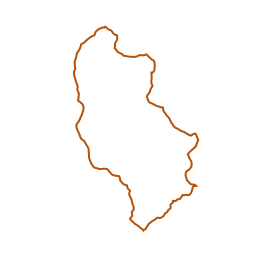 Khar, Pemagatsel, Bhutan (Natural Earth projection), rotated 131°
{"feature_id": "84629894B26310020901724", "entity_name": "Khar", "entity_type": "district", "adm_level": 2, "iso_a3": "BTN", "parent_name": "Bhutan", "parent_adm1": "Pemagatsel", "projection": "natural_earth1", "projection_center": [91.394, 26.945], "detail": "fine", "context": "isolated", "style": "outline", "palette": "amber", "viewbox_px": 256, "rotation_deg": 131, "n_neighbors": 0, "source": "geoboundaries", "source_scale": "gbopen_adm2", "svg_char_len": 5270}
<svg xmlns="http://www.w3.org/2000/svg" viewBox="0 0 256 256"><g transform="rotate(131 128 128)"><path d="M132.1,191.7L132.3,191.3L132.9,190.6L133.2,189.7L133.6,188.9L134.1,188.1L134.4,187.4L135.1,187.0L135.9,186.4L137.1,185.6L137.8,185.2L138.1,185.0L138.7,184.4L139.2,184.1L139.8,184.0L140.0,183.7L140.1,182.9L140.0,182.2L139.9,181.2L139.9,179.4L140.0,177.9L140.2,177.4L140.5,176.8L140.9,176.0L141.7,174.8L143.4,173.8L145.0,173.0L147.6,171.8L149.2,171.3L151.9,170.5L152.8,170.1L153.8,169.9L154.9,169.6L156.0,169.4L156.9,169.4L157.8,169.4L158.5,169.2L159.4,169.1L159.9,168.7L160.8,167.9L161.7,166.8L162.5,165.1L163.0,164.1L163.8,162.4L164.8,160.3L166.3,157.7L166.6,157.1L166.8,156.5L166.8,155.7L166.8,154.7L166.7,153.8L166.6,153.2L166.5,152.8L167.2,150.8L167.5,149.9L168.1,148.3L168.5,146.6L169.3,144.7L169.8,143.8L172.1,141.8L173.0,140.5L174.6,139.2L176.1,137.7L177.2,135.8L178.3,133.7L179.0,132.5L179.2,131.3L179.6,129.6L180.0,128.6L180.0,128.0L179.8,127.1L179.0,125.6L178.6,124.6L178.1,123.6L178.0,123.1L177.8,122.6L177.2,122.0L176.1,121.0L174.4,119.3L173.5,118.0L172.8,116.9L172.7,116.3L172.6,115.5L172.8,114.9L173.1,114.3L173.2,113.5L173.2,112.6L173.4,111.4L173.5,110.1L173.6,109.1L173.1,107.8L172.5,106.6L171.6,105.1L170.7,104.0L170.4,103.4L170.3,102.9L170.5,102.4L170.8,101.9L171.8,100.4L172.3,100.0L172.9,98.7L173.0,97.9L173.0,97.4L173.2,96.5L173.3,95.6L173.1,93.5L172.7,92.7L172.4,91.7L172.0,91.0L172.6,90.3L173.0,89.9L173.4,89.3L173.7,88.3L173.9,87.7L173.9,86.5L173.9,85.8L174.1,85.2L175.0,84.9L176.0,84.5L176.7,84.1L177.4,83.5L177.9,82.5L178.1,82.0L179.9,78.1L180.6,77.3L181.8,75.5L182.7,74.4L183.2,73.2L183.7,72.1L184.6,71.2L185.4,70.5L186.0,70.2L187.3,70.1L188.3,70.2L189.1,69.8L190.0,68.9L190.9,67.6L191.3,67.2L192.0,67.1L192.5,67.0L193.5,67.0L194.3,67.0L194.9,67.1L195.3,66.8L195.4,66.1L195.5,65.6L195.6,65.2L195.6,63.8L195.7,61.7L195.8,60.8L195.8,59.8L195.7,59.4L195.6,58.6L195.3,57.2L195.2,54.8L195.1,51.6L195.0,50.1L195.3,49.2L194.0,49.1L192.8,48.4L190.9,48.9L186.6,49.4L183.8,48.9L181.5,48.4L179.7,47.6L177.9,47.3L176.4,47.0L175.1,44.9L174.3,44.3L172.9,43.8L170.8,43.4L169.5,43.6L168.1,44.1L166.9,43.6L165.8,43.3L165.1,43.3L164.4,43.7L163.7,43.8L162.4,43.6L161.9,43.3L160.7,43.3L159.9,43.6L158.9,45.0L158.0,45.6L156.8,45.6L155.3,45.2L154.7,45.3L154.0,46.0L153.5,46.3L152.2,44.4L151.3,44.0L150.0,44.0L149.2,43.6L147.5,42.3L145.6,42.4L142.8,42.8L142.4,42.2L142.0,41.6L140.9,40.8L140.1,40.0L139.8,39.4L138.8,38.2L137.3,37.7L135.6,37.9L133.6,38.5L131.7,39.4L130.4,40.3L129.2,40.3L127.7,39.5L127.4,39.1L127.0,38.7L127.0,40.2L127.6,41.2L129.1,43.4L129.2,44.3L129.2,45.6L128.9,47.1L128.8,47.8L128.7,49.3L128.0,50.4L127.3,51.3L127.0,52.1L125.7,53.8L123.8,54.9L122.6,55.4L121.2,55.1L120.1,54.8L119.3,54.6L116.8,54.7L115.1,55.0L112.9,56.8L111.6,58.6L111.1,60.2L110.6,61.5L110.5,61.8L109.9,63.1L108.8,64.7L108.5,65.7L107.6,65.7L106.5,65.8L105.3,65.7L103.6,65.5L101.3,65.2L99.1,64.9L97.7,64.7L96.6,65.1L94.8,65.8L93.2,66.4L91.7,66.9L90.9,67.2L90.5,68.1L90.1,68.9L89.3,70.5L88.5,71.9L88.2,72.7L88.2,73.7L88.8,74.3L89.2,74.5L89.7,74.7L91.1,75.2L91.6,75.1L92.0,75.1L92.4,75.9L93.0,76.6L93.3,77.3L93.4,79.0L93.5,79.6L93.9,80.5L94.0,81.7L94.0,82.1L94.3,83.4L94.4,83.8L94.9,84.6L95.2,85.3L95.4,86.4L95.6,87.6L95.7,88.2L95.9,89.3L96.1,90.5L96.3,91.1L96.6,92.0L96.7,92.7L96.6,93.6L96.6,94.8L96.6,95.6L96.3,95.9L96.1,96.4L95.7,97.3L95.7,98.0L95.7,98.6L94.9,100.2L94.2,102.0L93.9,102.7L93.6,103.4L93.4,104.3L93.3,105.3L93.2,106.8L92.8,108.4L92.4,109.5L92.3,110.0L92.2,111.4L92.0,111.8L91.7,112.4L91.4,112.9L90.7,114.2L89.7,114.8L89.7,115.4L89.9,115.8L90.2,116.1L90.9,117.0L91.4,117.8L91.4,118.5L91.9,119.5L92.6,120.8L93.4,124.4L93.7,125.9L94.2,127.4L94.8,129.0L94.2,130.3L92.9,132.8L92.0,134.3L90.1,135.0L88.8,135.0L86.7,135.1L85.1,135.9L82.9,136.7L80.2,137.0L79.6,138.3L77.9,140.8L75.1,142.6L72.1,145.4L70.8,146.7L69.9,145.7L67.5,145.8L66.3,146.6L64.8,147.7L63.1,149.0L61.4,150.6L61.0,151.3L60.3,152.5L60.2,153.1L60.7,154.3L60.7,155.9L60.7,157.1L60.6,157.8L60.6,158.3L60.6,159.0L60.4,161.4L60.4,162.4L61.1,162.8L61.8,163.2L62.1,163.4L62.9,164.0L64.0,165.1L64.8,166.4L65.4,167.2L65.9,167.2L66.7,167.6L68.2,168.3L68.7,168.6L69.8,169.4L70.6,170.3L71.2,171.2L72.2,172.2L72.4,172.6L73.4,174.0L74.3,175.4L74.5,175.8L75.0,176.7L75.4,177.3L76.3,178.7L76.3,179.6L76.1,180.2L76.2,180.7L76.3,181.2L76.7,183.2L77.1,184.4L77.3,185.6L77.3,187.2L76.6,188.1L76.7,188.8L76.6,189.5L76.6,190.0L76.4,190.5L75.5,190.9L74.8,191.4L74.0,192.1L73.4,192.7L72.8,193.2L70.6,193.7L69.1,194.0L67.7,194.7L66.6,195.8L65.9,196.2L65.6,196.6L65.4,196.9L65.3,197.4L65.4,197.8L65.9,198.4L66.1,198.8L66.2,199.2L66.2,200.0L66.2,201.4L65.9,202.7L65.6,203.2L65.6,203.6L65.5,204.8L65.6,205.2L66.1,206.3L66.4,208.1L66.5,208.9L66.5,209.7L66.4,210.3L66.4,211.5L67.3,211.9L68.0,211.9L69.1,213.4L70.8,214.0L72.6,215.1L74.4,215.3L76.9,215.5L79.1,214.5L80.1,214.2L82.4,215.5L84.6,216.1L87.9,216.7L89.3,216.9L90.0,216.9L91.0,217.0L91.6,217.0L93.4,217.4L95.4,218.3L97.8,217.1L100.5,216.2L101.7,215.9L105.0,215.7L107.7,214.0L109.8,213.0L110.9,212.6L113.3,211.6L114.5,210.3L116.6,208.2L118.0,206.5L121.0,205.7L122.7,204.2L124.3,201.9L125.2,200.5L126.3,199.0L127.0,198.0L127.5,197.0L127.8,196.3L128.5,195.2L129.0,194.4L129.5,193.6L130.1,192.9L130.5,192.4L132.1,191.7Z" fill="none" stroke="#b45309" stroke-width="2"/></g></svg>